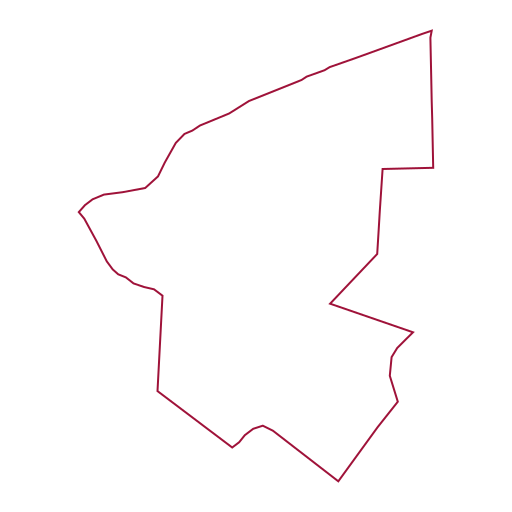 outline of Porto Rico, Paraná, Brazil
{"feature_id": "56859067B33862297180753", "entity_name": "Porto Rico", "entity_type": "district", "adm_level": 2, "iso_a3": "BRA", "parent_name": "Brazil", "parent_adm1": "Paraná", "projection": "mercator", "projection_center": [-53.319, -22.834], "detail": "fine", "context": "isolated", "style": "outline", "palette": "rose", "viewbox_px": 512, "rotation_deg": 0, "n_neighbors": 0, "source": "geoboundaries", "source_scale": "gbopen_adm2", "svg_char_len": 808}
<svg xmlns="http://www.w3.org/2000/svg" viewBox="0 0 512 512"><path d="M397.8,401.7L389.8,375.8L391.6,357.1L397.2,348.0L406.2,339.0L413.0,332.3L330.1,303.7L377.2,254.0L378.7,229.6L379.8,211.0L382.6,169.0L433.2,167.8L432.2,118.5L431.7,101.0L431.3,81.1L430.9,61.9L430.4,37.7L431.7,30.7L421.9,34.0L356.0,57.9L329.7,67.1L324.6,70.2L306.7,76.6L301.5,80.0L249.0,101.0L229.1,113.5L200.0,125.5L192.3,130.6L184.5,133.9L175.8,142.9L164.8,162.5L158.0,176.4L145.2,188.0L122.6,192.2L103.9,194.6L92.6,199.3L85.0,205.1L78.8,212.1L84.3,218.7L96.5,241.1L106.8,261.4L112.7,269.4L118.2,274.3L125.9,277.4L133.5,283.4L144.0,287.0L154.0,289.3L162.5,295.7L157.5,391.1L232.2,447.5L239.2,442.2L244.8,435.2L253.2,428.8L262.8,425.7L272.9,430.7L338.3,481.3L377.6,427.2L397.8,401.7Z" fill="none" stroke="#9f1239" stroke-width="2"/></svg>